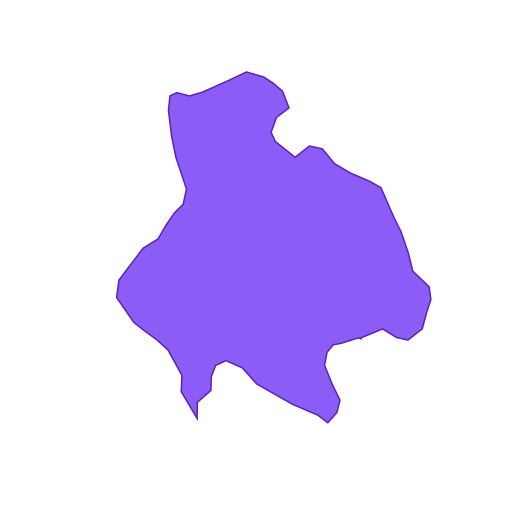 Nora, Orebro, Sweden, rotated 245°
{"feature_id": "70781695B8757223654229", "entity_name": "Nora", "entity_type": "district", "adm_level": 2, "iso_a3": "SWE", "parent_name": "Sweden", "parent_adm1": "Orebro", "projection": "equal_earth", "projection_center": [14.906, 59.57], "detail": "fine", "context": "isolated", "style": "filled", "palette": "violet", "viewbox_px": 512, "rotation_deg": 245, "n_neighbors": 0, "source": "geoboundaries", "source_scale": "gbopen_adm2", "svg_char_len": 1055}
<svg xmlns="http://www.w3.org/2000/svg" viewBox="0 0 512 512"><g transform="rotate(245 256 256)"><path d="M136.7,316.0L137.5,316.0L136.4,339.9L122.9,348.8L115.6,358.2L119.7,375.9L133.2,387.2L142.6,396.1L155.0,399.9L156.2,399.4L176.1,391.7L194.0,395.3L216.7,397.7L232.6,397.3L265.2,398.1L275.9,390.4L291.2,376.7L306.5,366.2L325.1,361.4L333.1,350.9L329.0,333.1L351.6,321.9L361.6,321.9L372.9,333.1L376.3,348.5L394.2,349.7L404.9,344.8L414.8,338.8L426.8,325.1L426.7,305.0L427.1,279.6L427.2,276.4L429.2,263.3L437.5,253.2L437.5,245.7L425.0,238.2L400.1,230.1L379.3,225.1L346.1,221.3L333.7,211.9L329.5,200.1L321.2,186.3L312.9,174.5L310.8,157.0L299.4,135.3L292.1,121.6L277.3,112.1L247.5,117.2L236.2,122.8L222.7,130.3L208.2,136.5L179.1,138.4L164.6,130.9L133.6,134.0L148.1,140.9L153.2,158.3L165.6,164.5L173.9,173.2L173.9,184.5L160.4,196.3L139.7,202.6L122.0,215.1L105.4,227.0L86.0,244.5L74.5,250.6L80.0,263.2L89.8,271.2L108.1,270.9L128.1,272.0L138.7,279.7L142.9,288.4L140.8,296.4L138.6,314.1L136.7,316.0Z" fill="#8b5cf6" stroke="#5b21b6" stroke-width="1.5"/></g></svg>